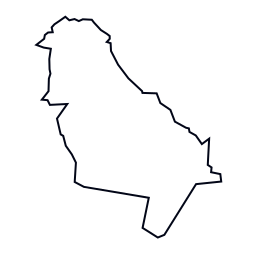 outline of Shafirkan, Bukhoro, Uzbekistan, rotated 183°
{"feature_id": "79887680B37320061840085", "entity_name": "Shafirkan", "entity_type": "district", "adm_level": 2, "iso_a3": "UZB", "parent_name": "Uzbekistan", "parent_adm1": "Bukhoro", "projection": "natural_earth1", "projection_center": [64.292, 40.455], "detail": "fine", "context": "isolated", "style": "outline", "palette": "ink", "viewbox_px": 256, "rotation_deg": 183, "n_neighbors": 0, "source": "geoboundaries", "source_scale": "gbopen_adm2", "svg_char_len": 926}
<svg xmlns="http://www.w3.org/2000/svg" viewBox="0 0 256 256"><g transform="rotate(183 128 128)"><path d="M168.9,66.9L103.6,59.4L108.2,29.0L92.5,20.2L86.1,23.2L57.1,75.5L32.1,79.4L33.4,86.8L42.7,88.2L42.5,93.0L46.4,95.3L46.4,121.6L53.4,115.8L59.9,124.1L66.4,127.3L67.2,130.8L70.1,131.3L81.5,136.8L86.6,148.3L97.0,154.6L101.2,164.1L115.4,163.8L115.9,165.6L130.2,177.6L141.2,190.7L149.0,204.0L149.8,211.8L153.7,212.8L150.9,216.1L151.1,218.9L154.0,220.9L160.2,224.4L167.5,231.5L169.8,234.2L178.8,234.2L182.7,232.2L187.1,234.0L192.2,232.5L196.4,235.8L202.5,231.0L206.9,227.7L209.5,224.5L208.2,219.7L212.8,219.2L215.9,216.5L216.4,212.7L223.9,206.2L216.4,203.9L209.2,203.1L210.2,192.8L209.4,182.5L208.3,178.2L209.6,173.2L209.3,160.6L215.5,151.8L209.8,151.6L207.2,147.0L189.9,148.8L199.4,133.7L194.9,118.1L192.3,116.8L189.2,107.0L182.7,98.7L178.2,90.7L178.4,71.3L168.9,66.9Z" fill="none" stroke="#020617" stroke-width="2"/></g></svg>